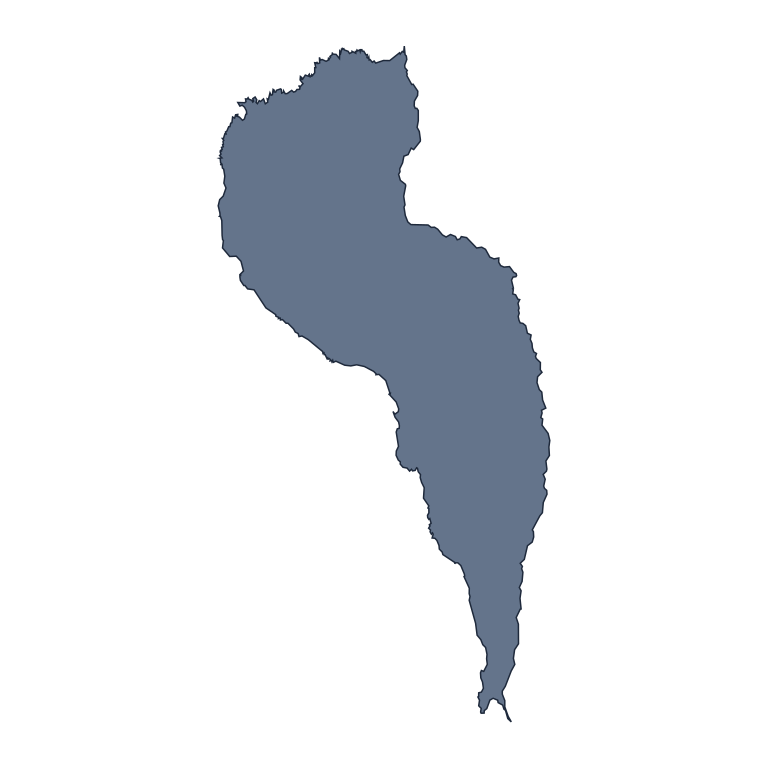 outline of Sao Francisco De Assis, Tarrafal de São Nicolau, Cabo Verde
{"feature_id": "66160863B96931694342339", "entity_name": "Sao Francisco De Assis", "entity_type": "district", "adm_level": 2, "iso_a3": "CPV", "parent_name": "Cabo Verde", "parent_adm1": "Tarrafal de São Nicolau", "projection": "equal_earth", "projection_center": [-24.37, 16.575], "detail": "fine", "context": "isolated", "style": "filled", "palette": "slate", "viewbox_px": 768, "rotation_deg": 0, "n_neighbors": 0, "source": "geoboundaries", "source_scale": "gbopen_adm2", "svg_char_len": 6004}
<svg xmlns="http://www.w3.org/2000/svg" viewBox="0 0 768 768"><path d="M404.3,46.1L403.7,52.2L402.3,51.4L400.2,54.1L399.5,52.8L389.7,60.6L383.5,60.5L375.7,63.1L374.1,61.0L372.3,62.3L370.1,59.6L369.2,60.0L368.8,56.9L368.2,58.2L367.0,57.6L367.3,54.6L366.0,54.9L363.8,51.2L362.2,51.2L361.9,49.7L360.7,49.7L360.2,51.6L359.7,49.9L357.9,50.8L357.0,50.0L356.6,51.5L355.5,51.5L355.7,53.2L352.0,51.3L352.0,52.3L349.5,53.5L348.1,51.3L344.3,49.9L343.8,48.7L342.8,49.2L342.2,47.8L342.2,49.0L340.9,49.3L341.6,49.5L340.2,55.0L340.6,51.8L339.8,50.9L339.5,58.6L336.1,54.4L332.8,54.1L332.2,52.5L332.4,54.5L330.0,56.4L330.5,57.1L329.4,58.6L328.5,58.2L328.3,59.5L328.9,59.4L329.0,59.7L326.1,61.3L322.1,59.5L320.5,60.1L319.4,57.4L319.7,62.9L317.9,63.6L317.0,62.4L315.3,64.2L315.8,62.8L314.7,62.7L315.8,67.6L314.7,67.7L314.7,72.8L312.7,75.3L311.8,74.6L311.7,76.2L309.7,75.7L309.3,74.2L308.8,74.8L309.6,76.6L305.3,75.1L302.5,79.4L301.5,79.2L301.8,77.6L300.4,76.5L300.1,79.9L303.0,83.7L300.1,86.8L298.6,85.5L300.0,87.5L299.6,89.3L296.9,89.5L295.5,91.5L293.6,92.1L291.7,90.4L287.1,93.6L285.2,93.7L283.6,90.9L283.4,92.4L281.7,93.1L281.3,89.4L280.5,88.9L276.5,90.3L275.7,92.1L274.0,91.9L274.2,90.2L273.1,89.4L272.4,94.7L271.1,95.2L270.0,92.8L268.4,99.4L267.2,98.8L267.8,102.1L265.3,103.8L263.5,98.9L260.5,101.5L259.2,100.6L257.4,103.7L256.1,102.5L256.8,99.8L255.1,97.0L252.8,98.6L253.6,101.3L252.8,102.1L251.8,100.3L248.9,99.2L248.1,97.7L247.2,99.0L245.5,98.9L246.0,101.7L244.7,102.7L237.8,102.5L239.9,106.1L242.2,105.2L244.5,107.2L246.4,110.8L246.7,114.0L245.8,114.3L244.4,119.0L242.5,120.3L239.4,117.1L236.8,116.2L237.8,115.2L237.8,114.4L235.6,114.8L234.6,118.1L232.6,117.0L231.9,122.7L230.7,123.2L229.9,126.6L228.7,126.7L226.9,131.0L225.5,132.0L226.1,133.9L224.9,133.7L223.4,138.5L222.4,138.5L223.8,140.3L223.0,141.4L223.4,144.3L222.6,144.7L223.3,146.7L221.5,147.4L222.2,149.4L220.6,150.4L221.4,151.0L220.1,151.9L221.0,154.1L219.6,155.6L221.9,157.9L219.4,158.3L220.2,158.6L220.6,162.7L221.7,163.9L220.2,164.7L222.0,164.6L222.4,168.0L223.7,169.2L224.8,176.2L223.9,183.1L226.0,188.0L223.2,196.1L219.7,199.6L218.2,205.8L219.9,212.9L220.1,215.6L219.4,216.3L220.5,216.6L221.8,220.6L222.1,235.4L222.6,239.7L223.4,240.5L222.5,247.9L229.7,256.5L236.3,256.2L241.0,261.3L243.5,271.0L240.6,273.9L240.6,275.2L239.9,274.9L239.9,277.0L240.4,280.4L243.8,285.5L245.0,285.5L247.6,288.9L254.0,289.8L265.9,307.9L275.7,314.6L275.9,316.2L278.7,317.4L278.4,318.6L280.3,318.2L280.4,320.0L282.5,319.6L286.0,323.2L288.0,323.3L293.6,329.0L295.3,332.1L298.1,333.5L299.0,336.6L302.0,336.0L308.2,339.6L322.7,351.6L323.0,353.5L324.0,352.9L324.2,354.6L325.1,354.6L327.1,358.8L327.8,357.9L328.3,359.1L329.3,358.6L330.4,359.7L330.0,360.9L331.6,360.6L331.9,361.7L332.7,360.3L333.2,362.4L335.9,361.2L344.7,365.2L350.8,365.9L356.7,364.8L364.4,366.5L373.7,371.4L376.1,373.8L375.9,374.7L379.0,374.4L385.8,380.6L389.8,392.8L389.3,393.9L390.3,393.5L389.9,395.1L396.2,402.0L398.7,408.9L398.3,411.7L394.9,414.2L393.0,411.5L395.1,417.3L398.6,422.0L399.4,425.8L399.2,428.3L397.3,428.8L396.2,432.0L398.5,446.4L396.3,451.0L396.1,455.3L398.3,460.1L400.3,461.8L400.2,464.1L403.0,467.3L407.1,468.1L409.6,471.1L411.5,469.3L412.6,470.9L415.2,470.4L416.6,467.8L417.5,468.3L418.2,471.7L420.5,474.6L420.2,477.6L421.6,482.4L424.2,487.7L423.5,498.2L428.8,505.9L427.9,508.0L428.8,508.4L428.9,512.8L427.5,515.3L427.7,517.6L428.9,519.4L429.8,518.6L431.1,523.3L429.3,524.8L430.0,525.9L428.6,528.2L430.5,530.0L430.1,531.8L431.4,534.2L432.5,532.9L433.2,534.3L432.1,538.0L434.9,538.3L436.9,540.4L439.0,545.5L439.3,549.1L442.2,552.1L442.9,554.6L454.8,562.5L454.9,563.9L455.3,562.8L457.8,562.8L460.8,565.5L464.3,573.9L464.7,576.1L464.0,576.6L469.3,588.2L469.2,593.7L470.0,596.5L469.2,600.3L475.6,623.3L477.1,635.2L480.8,639.6L482.8,644.7L485.6,647.5L487.0,654.4L486.6,658.8L487.3,664.3L483.7,671.4L481.4,670.5L480.5,672.8L480.8,677.9L482.5,682.0L483.4,688.3L481.4,692.1L478.7,692.8L478.6,696.6L477.9,697.0L479.5,700.2L478.7,705.8L481.2,708.4L480.6,712.0L481.1,713.2L484.1,713.1L484.3,710.6L486.8,708.6L489.9,700.1L493.1,698.3L497.7,700.2L498.1,702.6L502.7,705.1L503.9,709.1L505.5,710.4L507.8,718.6L511.3,721.9L508.2,716.4L504.8,706.9L504.8,700.6L502.3,694.2L502.3,691.1L505.3,686.3L511.2,671.0L514.8,664.4L513.4,658.4L514.6,649.7L518.5,643.8L518.4,624.2L516.2,617.5L520.2,609.2L521.1,609.0L520.0,598.3L521.1,590.8L519.3,587.5L522.1,581.4L522.9,572.2L521.6,568.7L522.4,566.4L520.2,563.3L524.3,559.4L527.5,545.7L532.2,542.1L533.7,537.0L533.4,531.6L532.3,529.9L539.9,515.7L542.4,512.7L543.3,502.5L547.0,494.2L546.7,490.4L544.5,488.4L543.7,486.1L545.2,479.2L543.2,474.4L546.4,471.2L546.9,469.1L545.9,461.0L549.4,455.5L548.9,447.0L549.8,440.5L548.1,433.4L542.0,425.2L542.7,419.0L540.8,417.6L542.1,413.0L541.5,410.3L545.8,408.1L542.6,400.0L541.8,392.1L539.3,389.6L537.0,382.6L537.6,376.7L542.0,372.3L540.3,369.8L540.4,362.5L536.2,358.5L535.5,356.4L536.5,353.5L533.8,351.9L532.4,347.9L532.0,343.4L530.3,339.4L531.1,335.0L527.4,333.2L525.7,325.7L522.9,323.4L520.2,322.9L519.0,320.3L518.2,316.4L519.2,313.2L518.4,310.2L519.1,308.2L518.0,303.3L519.7,299.6L517.9,299.2L515.6,294.8L512.7,293.9L513.3,289.7L512.6,288.8L513.4,288.2L511.5,280.1L513.0,277.1L515.9,276.7L516.6,275.5L516.1,273.6L513.8,272.4L509.5,266.6L504.0,267.1L500.6,265.6L498.7,262.2L498.8,258.0L494.0,258.9L489.8,257.1L485.5,249.3L481.7,247.2L476.6,248.0L466.6,237.6L461.3,236.6L459.9,238.9L457.2,239.8L455.4,236.5L450.5,234.5L446.1,237.0L442.4,234.9L437.7,229.2L434.5,227.2L431.2,227.4L428.1,225.0L410.9,224.6L407.8,221.9L405.3,215.5L404.0,207.1L405.0,204.9L403.7,196.3L405.7,185.8L405.4,184.3L400.4,180.4L398.6,174.3L400.0,171.8L399.7,168.9L402.6,162.8L403.9,156.2L408.1,154.6L411.2,148.1L413.7,149.6L420.3,141.2L420.4,139.6L419.3,131.5L417.1,127.4L418.3,120.7L418.3,110.5L416.8,108.3L415.3,108.4L414.2,105.9L414.4,101.1L417.6,95.5L417.8,91.2L413.1,84.2L411.7,84.5L406.8,75.6L407.2,74.0L406.4,71.9L407.3,70.5L404.9,67.7L404.7,65.2L406.8,59.5L406.3,56.0L405.1,54.7L404.3,46.1Z" fill="#64748b" stroke="#1e293b" stroke-width="1.5"/></svg>